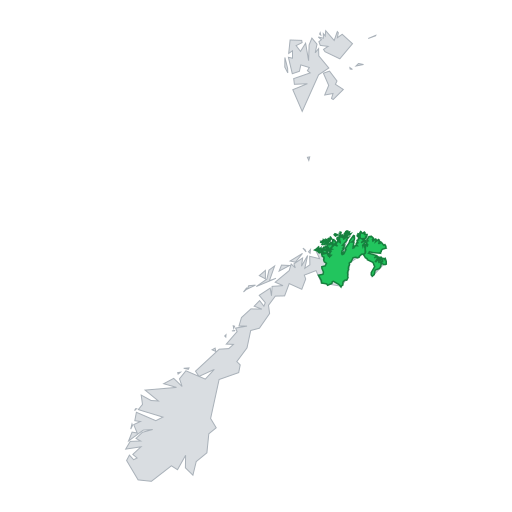 location of Finnmark within Norway
{"feature_id": "NOR-1062", "entity_name": "Finnmark", "entity_type": "County", "adm_level": 1, "iso_a3": "NOR", "parent_name": "Norway", "parent_adm1": "", "projection": "orthographic", "projection_center": [25.614, 69.86], "detail": "fine", "context": "in_parent", "style": "filled", "palette": "green", "viewbox_px": 512, "rotation_deg": 0, "n_neighbors": 0, "source": "natural_earth", "source_scale": "10m", "svg_char_len": 9740}
<svg xmlns="http://www.w3.org/2000/svg" viewBox="0 0 512 512"><path d="M316.0,270.6L304.3,275.1L305.7,279.0L301.8,289.3L289.2,283.6L284.6,295.9L275.3,296.1L268.5,305.3L269.6,313.5L259.4,328.2L250.7,330.5L247.0,347.9L236.8,361.6L240.2,364.9L238.7,372.6L219.1,379.5L210.6,418.5L216.2,427.8L208.8,433.8L206.9,452.8L196.2,461.6L192.9,475.2L185.4,467.8L185.6,455.3L177.5,469.7L171.4,465.8L151.4,481.3L138.1,479.9L126.6,460.5L129.4,455.1L133.6,459.7L137.1,458.0L132.8,454.4L141.0,446.8L125.7,449.1L130.2,441.4L140.6,441.0L136.0,438.4L142.4,432.3L152.7,429.5L143.3,430.1L128.6,440.9L132.1,432.1L137.2,433.0L133.7,424.6L140.4,421.5L134.8,420.7L136.4,412.3L155.8,420.7L162.9,417.1L138.3,409.6L142.5,404.4L141.2,395.1L151.0,400.5L158.4,401.0L145.1,390.1L176.5,387.4L163.7,383.7L173.7,378.4L182.1,386.5L179.5,378.8L185.9,370.8L205.3,379.1L214.3,369.4L199.0,376.4L195.5,371.2L219.2,349.2L228.8,348.6L233.4,344.4L226.3,344.1L237.1,331.6L235.6,328.1L247.0,326.1L239.0,326.0L241.5,317.5L250.9,308.9L261.9,309.1L254.2,306.2L259.6,300.6L263.9,306.2L265.3,302.7L259.2,295.3L270.2,288.1L271.5,295.8L272.1,286.4L283.0,285.6L275.2,282.2L289.2,270.6L291.2,264.0L295.3,267.9L293.9,263.9L302.6,258.0L301.5,266.2L307.6,255.5L304.8,268.3L309.9,264.8L309.7,256.3L319.6,258.7L315.6,249.9L325.4,247.4L329.9,256.0L340.6,234.2L347.7,238.4L342.4,253.6L352.8,236.3L353.6,247.1L356.4,244.8L360.4,232.3L366.0,234.5L362.8,241.1L365.5,241.2L365.3,250.2L369.2,236.8L385.2,246.9L369.7,252.2L376.9,260.4L386.2,261.7L372.4,276.3L374.6,266.5L372.9,262.3L362.2,254.3L350.0,262.6L347.6,277.7L341.3,286.2L321.5,282.9L316.0,270.6ZM311.9,38.1L317.0,44.2L315.2,52.8L318.6,48.6L318.8,55.9L328.8,68.0L318.6,74.8L302.2,111.4L292.8,89.7L307.4,83.7L294.4,84.3L293.7,78.6L310.2,72.9L307.4,70.7L309.3,67.5L300.8,64.9L299.4,71.3L292.3,73.7L288.4,57.3L292.5,58.2L292.5,50.8L288.7,53.4L290.1,40.0L301.7,40.4L302.1,42.6L296.1,45.6L300.5,51.4L305.6,43.2L308.6,60.7L309.1,45.0L311.9,38.1ZM325.7,30.7L334.2,40.5L337.3,31.6L338.3,32.7L337.4,37.7L342.2,34.3L352.5,43.7L339.8,58.8L325.0,51.7L323.5,49.4L328.1,46.4L320.3,45.4L318.9,41.7L321.4,39.7L318.3,37.0L323.4,38.2L323.3,33.6L325.2,36.0L325.7,30.7ZM329.5,71.1L337.0,81.0L335.4,84.3L343.3,89.5L333.2,99.5L331.5,98.5L333.0,93.5L324.7,95.0L328.7,85.4L323.4,73.2L329.5,71.1ZM269.4,280.7L276.0,278.3L256.3,286.5L266.9,279.1L269.0,270.1L274.6,266.0L269.4,280.7ZM281.5,265.1L289.6,265.5L279.1,271.1L281.5,265.1ZM290.1,261.0L302.5,253.4L295.4,262.2L290.1,261.0ZM284.9,57.5L287.6,68.4L287.8,72.9L284.8,67.1L284.9,57.5ZM265.4,270.4L265.4,278.8L259.3,275.6L265.4,270.4ZM331.2,238.1L326.6,243.9L320.8,241.1L327.7,240.3L331.2,238.1ZM331.8,242.4L329.6,249.3L327.1,247.3L331.8,242.4ZM248.7,285.7L255.5,285.1L247.4,289.0L248.7,285.7ZM375.6,35.8L368.2,38.5L375.8,35.3L375.6,35.8ZM358.5,63.5L363.5,64.5L356.0,66.0L358.5,63.5ZM344.5,233.7L348.9,232.2L350.3,233.6L344.5,233.7ZM334.8,240.7L333.7,244.4L332.7,241.2L334.8,240.7ZM310.5,249.5L310.1,253.3L308.5,251.8L310.5,249.5ZM309.7,156.9L308.8,160.4L307.4,157.3L309.7,156.9ZM352.4,69.4L350.1,69.0L349.9,67.6L352.4,69.4ZM215.1,348.1L215.8,351.4L212.1,349.8L215.1,348.1ZM302.9,248.1L305.0,249.7L306.1,251.9L302.9,248.1ZM320.2,32.7L320.8,35.1L319.6,34.1L320.2,32.7ZM188.4,369.3L183.7,368.3L189.0,367.9L188.4,369.3ZM180.5,372.2L178.1,374.1L177.7,372.6L180.5,372.2ZM246.2,289.6L243.5,292.0L246.8,287.7L246.2,289.6ZM132.5,425.5L130.7,429.1L132.0,424.0L132.5,425.5ZM233.7,328.4L233.2,325.8L234.6,326.2L233.7,328.4ZM377.8,256.9L377.4,259.9L377.2,259.4L377.8,256.9ZM234.4,330.9L231.9,330.9L235.1,330.4L234.4,330.9ZM226.0,334.7L225.8,337.1L224.7,336.0L226.0,334.7ZM136.5,408.7L134.6,410.6L135.5,408.8L136.5,408.7Z" fill="#d9dde1" stroke="#a8b0b8" stroke-width="1"/><path d="M372.3,276.2L371.2,274.9L371.3,272.5L374.7,266.6L373.0,262.4L367.3,259.7L367.1,258.6L365.4,257.8L363.3,254.1L361.6,254.2L359.2,256.5L359.1,257.3L357.5,257.9L355.8,257.2L353.1,257.7L350.9,262.1L349.5,262.6L349.2,263.4L349.5,264.8L348.6,266.3L348.3,268.5L348.6,269.5L347.9,270.8L347.5,272.8L347.8,274.6L347.6,276.2L348.0,277.6L346.7,280.2L345.2,280.0L343.3,281.5L342.9,282.5L342.8,285.1L341.4,286.0L341.0,287.0L339.1,284.6L333.5,281.3L332.3,281.6L331.9,283.4L327.6,285.3L326.7,283.9L321.5,283.0L321.4,280.6L318.4,275.2L323.0,274.3L323.5,272.0L321.9,268.4L321.8,266.7L325.2,265.9L326.5,263.3L324.3,261.8L323.6,259.7L324.1,258.8L323.8,258.3L324.0,257.2L322.3,256.4L321.0,251.8L319.2,252.9L317.4,251.0L314.7,250.0L316.2,249.1L316.5,250.5L316.9,248.4L317.3,248.1L319.2,252.0L319.2,250.8L319.5,250.7L318.9,249.6L320.5,248.2L320.2,249.1L321.0,248.6L321.1,250.2L321.4,249.9L321.4,249.1L322.6,249.1L322.1,250.4L322.3,251.7L321.9,252.3L322.1,252.4L324.2,252.7L322.6,251.7L323.2,249.8L327.3,251.1L326.2,252.9L323.3,253.4L322.1,254.4L326.4,253.2L327.6,252.4L327.5,254.7L328.3,254.9L328.4,256.1L328.0,256.5L329.6,255.7L329.7,256.8L331.3,255.2L329.5,254.8L328.7,253.6L330.2,253.0L330.4,252.7L329.7,252.0L330.6,251.5L329.3,251.0L331.4,250.5L329.8,250.1L332.1,249.2L331.0,248.8L331.4,247.8L334.4,244.8L337.5,246.1L335.7,244.2L336.9,242.8L337.6,241.0L340.2,242.6L340.2,241.6L339.7,240.6L336.9,239.0L337.1,237.8L338.0,237.2L339.6,239.1L339.5,237.4L340.3,237.1L339.5,236.7L339.2,235.8L339.8,235.5L339.5,235.0L340.7,235.1L341.3,236.0L341.0,236.4L342.1,236.3L342.0,235.2L342.5,235.0L342.6,236.0L341.6,237.1L342.7,237.6L343.3,236.2L343.9,237.4L343.9,238.9L344.6,238.5L345.0,236.9L344.6,235.5L344.8,235.0L346.0,236.1L345.3,237.9L346.9,236.7L347.6,237.5L348.7,237.2L346.7,239.5L346.9,240.1L346.6,240.6L342.7,245.1L344.2,245.0L343.9,245.5L342.6,245.4L344.2,246.1L343.9,246.3L344.0,247.6L342.7,248.2L343.6,249.1L341.9,251.0L341.7,252.5L341.6,253.7L342.1,254.6L342.3,254.6L342.2,253.1L342.8,252.6L342.6,253.2L343.1,253.2L342.7,253.7L343.2,254.2L343.9,253.8L346.0,249.6L345.3,248.6L349.2,242.9L349.8,240.6L353.6,235.5L354.4,235.9L354.4,236.8L354.0,237.6L354.6,238.0L354.2,240.1L351.7,242.0L354.0,242.1L353.4,244.8L353.5,245.7L353.1,246.3L353.0,248.1L354.0,247.7L353.9,247.0L354.8,246.7L355.2,245.6L357.3,245.7L356.3,244.5L356.5,243.8L356.3,243.7L357.0,242.6L358.4,243.2L357.2,242.0L357.5,241.2L357.0,240.7L357.2,240.2L358.7,239.8L358.4,239.1L358.6,238.1L360.8,238.4L359.7,238.0L360.1,237.5L359.1,236.9L359.2,236.1L357.7,236.6L357.2,236.0L357.2,235.4L358.7,235.5L357.9,234.4L358.0,233.7L359.6,234.1L360.2,235.2L360.3,233.8L360.0,233.6L359.9,232.6L360.7,231.5L361.2,231.9L361.3,232.9L362.4,233.3L363.5,232.6L363.8,233.2L364.5,232.2L365.0,232.8L364.7,234.4L367.1,234.5L366.8,236.3L366.0,236.4L366.5,236.9L365.8,237.3L366.0,237.8L365.0,237.7L365.6,238.1L365.3,238.4L361.8,238.7L362.3,239.1L361.9,239.7L362.8,239.1L364.4,239.8L361.1,242.7L365.7,240.4L365.3,242.3L362.6,245.3L362.9,246.4L363.3,245.1L365.0,244.7L364.0,246.0L364.7,245.5L364.7,246.1L366.1,244.4L365.0,247.3L365.2,252.7L364.2,254.1L365.4,253.1L365.6,251.8L365.3,249.5L365.5,247.0L366.5,244.9L367.4,245.8L367.7,244.5L366.5,243.5L367.2,240.9L368.0,240.8L367.2,239.9L367.4,239.3L369.0,236.6L371.0,236.3L370.9,236.8L372.0,236.8L373.4,238.2L372.7,239.2L373.6,239.3L372.9,239.6L373.2,239.9L372.7,240.5L372.9,241.1L375.5,239.0L376.1,239.3L376.2,240.1L375.6,241.7L378.5,239.5L379.2,240.1L378.5,240.8L380.4,241.8L378.9,242.9L379.2,243.3L378.0,243.3L379.2,243.5L381.5,242.5L383.8,245.3L384.9,244.6L385.9,246.3L385.7,247.2L386.2,248.1L382.4,249.2L381.3,250.6L381.2,251.8L379.6,252.9L379.9,253.2L372.9,252.6L368.7,251.5L369.5,251.8L368.6,253.1L370.3,253.2L369.4,253.5L376.6,255.6L374.3,258.1L375.5,256.9L377.1,256.9L377.4,258.4L375.6,261.3L375.9,261.3L375.5,262.3L376.8,260.7L379.4,259.6L379.6,259.7L378.8,261.2L378.8,261.5L379.7,260.4L380.7,261.4L380.0,260.0L380.7,259.6L380.3,258.8L380.2,257.3L381.1,257.1L381.4,257.5L381.0,258.0L382.1,258.2L382.3,261.0L381.8,261.6L382.6,261.5L382.4,258.6L382.7,258.4L384.3,258.5L384.5,259.3L385.3,258.5L386.2,261.3L386.3,264.1L385.2,264.6L383.4,264.5L381.1,262.5L380.3,262.6L381.0,263.1L381.2,264.2L380.6,266.7L379.4,268.5L375.2,270.1L374.2,274.6L372.3,276.2ZM324.7,244.6L322.8,244.5L322.7,243.7L321.7,245.1L322.6,243.0L322.4,242.8L323.1,242.1L321.0,242.4L320.8,242.3L321.3,241.6L320.4,241.2L322.4,241.7L322.7,240.8L323.7,241.9L323.6,240.1L324.3,240.9L324.7,240.0L325.5,240.7L325.0,241.4L325.7,241.2L325.9,242.5L326.1,241.6L326.7,241.6L326.0,239.4L327.4,239.9L327.2,240.6L327.7,241.3L328.2,240.0L329.3,239.8L328.3,238.6L328.8,238.4L328.5,238.1L330.4,238.9L330.3,237.1L330.5,237.0L331.5,238.5L330.8,238.8L331.3,239.1L330.4,239.5L329.9,241.0L329.1,240.7L328.9,241.2L329.2,241.5L329.0,242.0L328.3,242.1L328.7,242.4L328.5,243.0L327.0,243.1L327.4,243.5L326.3,244.2L325.3,243.3L324.7,244.6ZM332.5,244.9L332.0,246.8L329.1,249.5L328.2,249.1L328.7,246.7L327.9,248.2L326.6,246.7L327.3,246.8L327.4,246.5L327.0,245.8L327.9,244.9L329.4,244.5L329.1,243.8L329.7,244.1L329.8,245.4L330.0,243.8L331.7,244.0L330.7,242.4L332.0,242.5L332.0,244.3L332.5,244.9ZM349.0,234.4L350.8,233.7L349.8,235.0L347.4,235.0L347.5,235.7L346.1,236.0L345.2,234.8L346.2,234.1L344.3,233.8L344.7,233.0L344.5,232.9L345.5,232.9L345.6,232.2L347.3,233.3L346.1,231.4L346.9,230.9L347.9,231.1L347.9,232.4L349.5,231.9L349.2,233.0L348.5,233.3L349.0,233.6L348.8,234.2L349.0,234.4ZM334.9,240.6L335.9,242.5L335.7,243.2L333.6,244.7L332.5,242.8L332.8,241.4L332.5,240.8L333.0,239.6L333.8,239.6L333.9,240.6L334.9,240.6ZM327.0,249.0L327.7,250.1L323.6,249.1L323.1,248.2L323.5,247.6L324.0,248.4L323.9,247.2L325.3,246.9L325.6,248.2L325.9,247.0L326.4,248.3L327.3,248.5L327.0,249.0ZM379.2,258.4L379.9,258.4L377.1,260.0L377.8,258.4L377.8,256.8L378.9,257.1L379.2,258.4ZM335.7,235.1L336.9,235.3L335.5,236.1L334.6,235.2L335.5,234.8L334.4,234.4L335.0,233.7L336.8,234.4L335.7,235.1ZM318.6,246.9L318.9,248.1L318.1,249.4L318.2,247.2L318.6,246.9ZM341.1,232.4L340.6,233.8L339.6,233.2L340.4,232.9L340.3,232.1L341.1,232.4Z" fill="#22c55e" stroke="#15803d" stroke-width="1.5"/></svg>